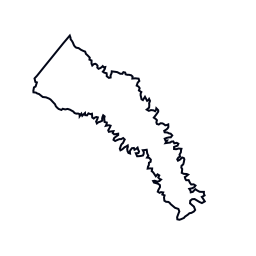 outline of Campo Bonito, Paraná, Brazil, rotated 125°
{"feature_id": "56859067B87655407329693", "entity_name": "Campo Bonito", "entity_type": "district", "adm_level": 2, "iso_a3": "BRA", "parent_name": "Brazil", "parent_adm1": "Paraná", "projection": "robinson", "projection_center": [-53.005, -24.903], "detail": "fine", "context": "isolated", "style": "outline", "palette": "ink", "viewbox_px": 256, "rotation_deg": 125, "n_neighbors": 0, "source": "geoboundaries", "source_scale": "gbopen_adm2", "svg_char_len": 4396}
<svg xmlns="http://www.w3.org/2000/svg" viewBox="0 0 256 256"><g transform="rotate(125 128 128)"><path d="M93.9,136.5L92.5,137.4L90.9,137.7L91.0,140.6L88.7,141.3L88.0,143.2L88.3,145.2L85.2,146.1L83.0,145.7L81.5,147.6L83.1,150.5L85.0,152.8L83.2,153.8L83.0,155.7L83.8,157.6L84.8,159.0L85.4,160.7L84.2,162.1L84.9,163.8L86.8,163.7L88.0,165.5L88.4,168.8L89.2,170.5L89.9,171.8L90.9,173.8L92.5,172.9L95.0,172.4L96.6,171.2L97.9,172.4L97.8,175.1L96.6,175.9L95.4,177.0L96.3,179.2L96.3,180.9L94.6,180.8L92.8,180.9L91.1,181.6L92.2,182.7L91.8,184.2L93.0,184.4L94.7,185.0L96.4,186.1L96.1,187.8L94.5,188.6L94.0,190.2L94.2,191.7L95.4,192.7L97.3,193.1L96.2,194.8L93.6,196.6L94.1,198.8L92.3,199.7L91.7,202.7L91.4,205.0L90.0,206.9L90.5,208.8L90.9,211.3L90.9,214.3L91.9,216.5L91.7,218.5L91.0,220.1L89.8,221.9L88.9,223.7L88.2,225.9L87.0,226.9L85.7,228.7L95.4,229.6L126.8,231.8L128.4,231.9L137.5,232.5L141.0,233.0L143.4,230.3L142.9,228.8L147.0,227.5L148.7,228.3L150.0,227.7L151.8,226.9L153.0,225.9L151.8,223.7L151.8,222.2L151.2,220.4L151.5,215.6L149.9,212.7L149.2,209.6L149.1,207.7L150.4,201.4L151.5,199.7L151.9,198.2L152.2,195.8L151.4,192.9L149.7,192.5L148.8,190.1L147.0,188.4L146.3,186.1L145.9,182.2L146.4,180.4L145.9,178.6L144.8,177.2L144.4,175.6L146.0,174.4L143.0,174.4L144.2,172.5L142.7,172.3L140.4,171.8L142.0,170.4L141.1,168.8L138.7,168.8L138.2,166.7L137.0,165.7L138.7,164.3L139.9,163.3L139.9,161.5L138.2,161.0L137.1,160.2L136.6,158.8L138.5,158.2L141.0,157.8L142.1,156.1L140.3,155.6L138.8,154.4L136.8,153.3L135.1,154.6L133.7,155.2L131.8,155.6L131.9,153.8L133.8,153.0L135.4,151.6L136.5,150.6L135.7,148.5L137.1,147.7L138.9,147.4L137.6,146.2L136.6,145.1L136.1,143.6L137.7,143.2L141.2,142.9L142.1,141.5L140.4,139.8L138.9,138.1L140.9,137.6L141.1,135.7L140.1,134.6L138.3,132.8L139.4,132.0L141.0,132.6L142.8,133.2L144.3,133.6L146.0,133.1L146.0,131.1L143.3,129.5L141.9,128.5L141.0,127.2L139.0,126.2L139.3,124.1L140.8,123.9L143.2,123.5L144.7,123.9L146.3,123.8L147.6,123.4L149.7,122.8L150.6,121.4L149.3,120.7L147.8,120.2L145.8,119.8L144.2,118.9L142.5,118.2L143.5,117.3L145.6,116.7L147.3,115.0L148.2,113.3L147.7,111.7L146.0,113.2L144.2,113.3L142.3,113.2L141.0,111.7L142.1,110.2L140.6,109.4L138.6,108.9L139.9,107.3L140.9,105.5L142.6,105.1L144.2,107.1L145.2,105.5L145.9,104.3L144.5,102.5L143.4,101.3L141.9,100.0L140.3,100.3L138.7,101.2L137.7,103.1L136.6,101.8L135.1,100.2L137.8,97.7L139.0,95.5L141.3,95.4L140.3,93.6L140.8,91.2L142.7,90.1L144.4,90.9L146.6,89.6L148.1,89.5L150.0,88.6L148.8,87.3L147.3,85.0L148.5,84.3L149.7,83.9L149.9,81.9L150.6,80.1L151.6,77.5L149.0,77.2L148.9,75.2L151.2,74.8L151.6,73.0L151.3,71.4L153.3,71.8L155.0,73.0L155.9,75.9L157.0,77.0L157.8,75.4L156.9,72.9L156.4,71.2L156.5,69.1L158.0,67.9L161.3,67.6L163.1,67.1L163.0,65.0L161.6,64.2L160.6,62.2L162.8,61.7L162.2,59.4L164.2,58.7L166.7,56.5L166.6,54.5L165.4,52.5L165.4,51.0L165.9,49.4L166.4,43.7L165.4,40.3L166.9,38.1L168.7,37.7L172.9,36.6L174.5,35.2L173.7,33.3L172.4,32.3L169.6,30.6L168.0,30.5L164.5,29.2L162.6,28.8L161.2,27.4L160.0,26.8L158.5,26.1L156.6,26.0L154.6,28.9L154.4,31.3L154.1,34.0L151.8,35.3L149.5,34.6L148.0,32.7L147.6,26.9L147.1,24.4L144.1,23.0L143.0,25.6L142.1,28.0L139.3,26.6L138.3,28.2L136.8,29.2L138.4,31.5L139.2,32.9L139.5,35.7L139.5,37.7L140.9,38.0L143.2,38.3L144.7,39.7L143.6,40.7L142.7,42.9L140.5,40.8L138.2,39.7L136.4,39.7L136.5,41.9L138.0,43.8L137.4,45.8L135.9,48.4L137.4,50.4L136.8,51.9L135.6,53.3L134.3,52.7L131.7,52.0L132.0,53.5L133.6,56.1L133.9,58.3L132.0,59.2L130.5,60.1L129.9,61.6L128.1,62.5L126.2,61.9L124.4,62.5L121.3,63.9L120.6,65.1L121.1,66.7L122.6,67.0L124.4,67.4L126.1,68.3L125.4,69.7L123.3,69.8L121.5,69.0L120.3,70.5L117.5,70.8L115.8,71.8L114.4,72.3L115.8,74.8L117.7,76.3L118.8,78.2L117.1,79.4L114.0,77.3L112.0,77.7L112.2,79.6L114.0,81.3L113.0,83.2L114.2,84.6L115.7,85.1L117.2,86.8L118.9,88.6L115.8,88.8L116.8,90.1L115.7,91.8L114.0,90.7L112.0,88.9L111.1,87.6L108.7,87.5L108.2,89.8L108.9,91.3L109.1,93.1L110.5,95.5L109.6,96.7L107.2,95.7L105.6,95.3L104.0,95.5L102.0,97.1L103.4,98.0L104.4,99.0L104.3,100.7L104.4,102.3L105.4,104.0L107.5,104.8L108.1,106.7L107.1,108.0L105.0,108.8L104.7,110.5L104.7,112.8L101.0,112.6L98.7,112.6L97.3,112.6L96.1,113.5L95.6,116.1L97.1,115.4L98.7,115.4L98.9,117.2L100.1,119.4L102.0,120.8L102.2,123.2L99.2,122.4L97.0,123.7L95.6,124.9L93.2,125.5L92.1,127.4L93.5,127.3L94.8,127.9L92.7,132.0L96.6,131.8L96.7,133.4L95.3,134.9L93.9,136.5Z" fill="none" stroke="#020617" stroke-width="2"/></g></svg>